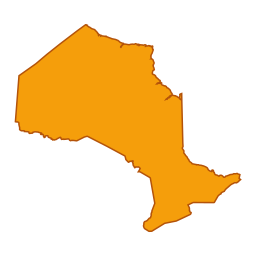 outline of Ontario
{"feature_id": "CAN-682", "entity_name": "Ontario", "entity_type": "Province", "adm_level": 1, "iso_a3": "CAN", "parent_name": "Canada", "parent_adm1": "", "projection": "equal_earth", "projection_center": [-83.246, 49.265], "detail": "fine", "context": "isolated", "style": "filled", "palette": "amber", "viewbox_px": 256, "rotation_deg": 0, "n_neighbors": 0, "source": "natural_earth", "source_scale": "10m", "svg_char_len": 5696}
<svg xmlns="http://www.w3.org/2000/svg" viewBox="0 0 256 256"><path d="M76.3,140.8L73.4,140.4L72.8,140.5L72.1,140.3L70.5,140.7L69.7,140.3L68.9,139.1L68.4,138.9L64.7,139.3L64.4,139.2L63.9,139.4L63.4,139.1L61.6,139.4L61.3,139.1L61.0,138.3L60.6,137.9L60.7,137.5L60.4,137.3L59.9,137.4L58.2,138.2L55.9,139.6L55.0,139.7L54.3,140.0L53.7,139.8L52.7,139.9L52.7,139.6L52.6,139.3L51.5,139.2L51.2,139.0L51.5,138.6L51.0,138.1L49.8,137.8L48.5,137.3L48.2,136.9L47.9,135.9L47.6,135.7L46.7,135.7L45.3,136.0L45.1,136.2L45.1,137.1L44.7,137.4L44.2,137.5L43.4,136.0L43.4,135.1L43.1,134.6L42.8,134.4L41.3,134.5L40.8,134.4L40.7,134.2L40.8,133.9L41.7,133.6L41.5,133.1L39.0,132.5L38.3,132.1L35.0,131.8L32.9,132.3L32.8,132.8L32.5,133.1L29.6,133.4L29.4,133.4L29.0,133.0L28.8,132.0L28.4,131.8L24.6,131.5L24.4,131.5L24.4,131.0L24.0,130.7L21.6,130.8L20.8,130.5L19.8,129.8L19.6,129.4L19.7,127.9L18.9,124.5L19.0,123.9L18.7,122.6L17.8,122.0L17.2,121.9L16.0,121.9L15.4,121.7L19.0,75.7L35.8,63.8L46.9,54.4L60.1,43.9L77.4,30.7L85.5,24.8L86.1,24.7L86.4,25.0L86.8,25.1L86.6,25.3L87.7,26.0L88.5,26.8L89.7,27.2L90.8,28.1L91.0,28.1L91.8,28.7L94.4,29.5L95.0,29.9L95.3,30.5L96.3,31.3L97.6,32.9L97.6,33.3L98.0,33.5L98.5,34.1L98.8,34.3L98.8,34.5L98.4,34.9L98.5,35.3L98.9,34.8L99.7,34.8L99.8,34.9L99.8,35.1L101.1,35.3L101.2,35.5L101.0,36.0L101.5,35.8L104.1,36.2L104.9,36.2L105.2,36.2L105.0,36.4L105.2,36.5L106.0,36.4L106.5,36.7L107.5,37.0L108.9,37.6L111.0,38.3L111.8,38.7L115.7,39.5L117.0,40.1L117.8,40.3L117.9,40.5L118.9,41.1L119.2,41.5L120.3,42.4L122.1,43.1L123.5,43.4L123.6,43.7L123.5,44.0L122.7,44.3L122.5,44.7L122.0,45.0L121.5,45.9L120.8,46.4L120.7,46.6L120.8,47.0L120.5,47.8L121.0,47.3L121.4,46.3L122.7,44.8L123.2,44.5L124.2,44.1L125.3,44.1L128.7,44.7L129.3,44.7L130.6,44.3L132.6,44.1L134.1,44.3L135.6,43.7L137.3,44.3L137.7,44.6L137.7,44.8L137.6,45.0L137.8,45.0L138.0,44.7L138.5,44.9L138.9,44.9L139.3,45.4L139.1,45.8L139.4,46.1L139.3,45.9L139.4,45.5L139.2,45.2L139.2,44.9L138.2,44.6L137.8,44.3L138.1,44.2L139.2,44.5L140.2,44.8L142.8,45.0L143.2,45.3L144.7,44.8L145.3,44.8L145.9,45.0L146.1,45.6L145.6,46.4L145.8,46.4L146.3,45.8L147.5,46.0L148.7,45.6L149.5,46.0L149.7,45.7L149.9,45.7L151.0,46.4L151.1,46.7L152.0,46.9L151.8,46.5L152.1,46.3L151.6,45.7L152.7,46.3L152.7,46.6L152.4,47.5L152.6,48.0L152.5,48.6L152.7,49.3L153.1,49.4L153.2,49.9L152.1,53.2L151.4,54.4L151.0,55.6L150.8,55.9L150.8,56.3L151.0,56.5L151.0,57.8L151.5,58.6L151.6,58.8L151.4,58.9L152.0,59.0L152.9,59.7L154.1,62.9L153.9,63.8L153.3,64.7L153.1,65.6L153.3,65.8L153.3,66.6L153.9,67.9L154.3,69.7L154.0,70.0L152.9,70.6L152.9,70.8L152.5,72.0L152.3,73.0L152.5,73.5L152.4,73.8L153.0,74.4L154.2,74.8L155.1,75.4L155.6,76.0L155.6,76.4L155.9,76.7L156.4,77.6L157.4,78.2L158.9,79.8L160.1,80.5L160.1,80.8L160.0,81.1L160.2,81.8L161.0,82.5L159.7,82.4L158.3,82.9L158.1,83.2L157.7,83.0L157.4,83.1L156.9,83.4L157.4,83.2L157.4,83.3L156.8,83.9L157.3,83.9L158.2,83.3L160.6,83.3L161.1,83.6L161.9,84.8L162.3,85.1L163.2,85.3L164.4,85.9L165.0,85.8L165.4,86.1L166.3,86.5L166.9,87.7L167.1,87.8L167.9,88.0L168.0,88.2L169.2,89.1L170.3,90.3L170.3,90.6L171.2,92.6L171.5,93.0L172.0,93.4L172.2,95.0L170.1,95.8L169.3,96.5L168.9,97.2L167.7,97.8L167.2,98.5L166.4,98.9L166.1,99.3L166.9,99.0L167.0,99.3L166.7,99.5L167.1,99.3L167.5,98.5L167.8,98.1L168.6,97.9L169.5,97.6L169.7,97.3L170.3,96.8L170.7,96.2L172.4,95.2L172.6,95.2L174.6,95.7L175.5,95.8L176.0,96.2L176.8,96.3L177.5,97.0L179.4,98.1L179.8,98.9L181.3,99.9L181.8,100.5L182.8,143.0L183.0,146.1L183.0,146.6L182.4,147.7L182.3,148.2L182.6,149.0L183.8,150.6L183.9,151.3L183.8,152.6L184.0,153.3L184.9,154.3L185.6,155.5L187.0,156.9L187.8,158.6L188.1,159.0L188.7,159.5L189.0,160.5L189.3,161.0L190.1,161.9L191.6,162.9L192.0,163.7L195.3,164.4L196.2,164.5L196.4,164.8L197.3,164.7L198.7,164.8L199.5,165.2L200.8,165.2L203.7,166.0L205.8,166.9L207.1,167.7L207.8,168.6L207.9,169.3L208.6,170.1L209.6,170.8L211.2,171.5L211.8,171.5L212.0,171.2L211.8,170.4L211.9,170.2L212.4,170.0L213.1,170.2L213.4,170.5L213.6,171.7L213.8,172.2L214.3,172.5L214.5,173.4L215.1,174.5L215.4,174.7L217.5,175.3L218.5,176.0L219.0,176.1L219.4,175.9L219.8,175.4L220.8,175.2L221.7,175.4L222.7,176.1L223.6,177.1L224.1,177.3L224.9,177.1L225.8,176.1L226.7,176.0L229.3,175.0L230.1,174.6L232.6,174.3L233.8,173.7L235.6,173.8L237.1,173.4L238.2,174.1L239.2,174.3L239.9,174.6L239.1,178.3L240.6,179.6L240.0,180.1L239.3,180.4L238.9,181.0L238.7,181.5L237.4,182.2L236.7,182.8L234.6,182.7L233.0,183.6L232.2,183.9L230.7,184.8L226.1,188.8L224.7,190.5L224.3,191.3L222.2,192.2L221.3,192.8L221.0,193.2L221.1,193.7L220.9,193.9L219.4,194.6L219.1,195.0L218.0,196.0L214.4,202.3L213.9,202.6L193.4,202.5L192.7,202.7L188.0,204.9L189.3,207.7L189.5,209.2L189.3,210.2L189.8,210.9L189.7,211.5L190.3,212.1L191.1,212.5L191.0,213.3L190.6,214.1L189.9,214.6L176.3,221.0L164.7,223.3L151.8,231.2L149.1,231.3L148.6,231.1L144.6,228.6L144.0,227.6L143.6,226.4L143.5,225.7L143.8,224.7L143.9,222.9L144.4,221.9L144.9,221.5L146.0,221.2L147.2,220.5L149.3,218.2L150.1,218.0L150.6,217.3L151.1,215.8L151.3,214.8L151.1,214.4L151.1,214.1L151.4,212.9L151.9,212.0L151.9,211.0L154.8,203.3L150.3,178.0L149.8,177.5L140.0,171.8L138.3,171.8L139.2,170.4L140.2,168.4L139.1,167.3L138.5,166.9L136.9,167.1L136.1,166.9L135.7,167.0L135.1,167.6L134.7,167.7L134.2,166.9L134.1,166.4L133.4,165.7L133.3,165.4L133.0,164.1L133.2,163.6L132.7,162.9L132.6,162.4L133.1,161.1L132.2,160.8L131.0,161.5L130.5,161.2L130.1,161.2L129.7,161.3L129.0,162.1L128.4,162.2L128.2,162.0L125.9,159.6L125.1,156.4L124.8,155.9L107.0,146.3L87.6,136.4L87.0,136.3L84.4,137.0L76.8,140.8L76.3,140.8ZM181.8,100.2L181.6,99.8L180.2,99.0L179.9,98.5L179.4,97.6L179.4,97.1L180.0,95.6L179.8,94.8L179.8,94.4L180.6,94.1L180.8,93.8L181.7,93.5L181.8,100.2Z" fill="#f59e0b" stroke="#b45309" stroke-width="1.5"/></svg>